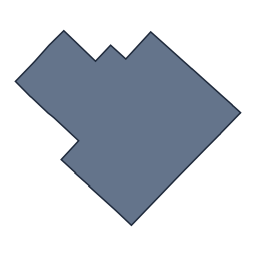 Balcarce, Buenos Aires, Argentina
{"feature_id": "61730980B79646305787935", "entity_name": "Balcarce", "entity_type": "district", "adm_level": 2, "iso_a3": "ARG", "parent_name": "Argentina", "parent_adm1": "Buenos Aires", "projection": "natural_earth1", "projection_center": [-58.205, -37.757], "detail": "fine", "context": "isolated", "style": "filled", "palette": "slate", "viewbox_px": 256, "rotation_deg": 0, "n_neighbors": 0, "source": "geoboundaries", "source_scale": "gbopen_adm2", "svg_char_len": 649}
<svg xmlns="http://www.w3.org/2000/svg" viewBox="0 0 256 256"><path d="M175.0,179.9L184.8,169.8L197.3,157.1L206.3,147.9L211.5,142.7L211.8,142.4L212.2,142.0L219.1,135.0L219.9,134.4L221.0,132.9L239.3,114.0L240.3,113.1L240.6,112.7L233.1,105.9L232.6,105.7L232.2,104.9L221.0,94.9L191.9,68.7L191.8,68.8L190.6,67.7L164.9,44.6L150.7,31.9L125.8,59.0L110.6,45.2L95.5,61.2L63.8,30.7L56.7,37.7L49.2,45.1L34.7,61.4L28.5,67.9L15.4,81.4L30.6,96.8L31.1,97.0L48.1,113.1L51.1,115.4L53.9,117.7L78.6,140.8L61.2,159.6L75.5,172.7L75.1,173.2L89.5,185.9L89.0,186.4L116.1,210.8L131.4,225.3L164.0,191.4L175.0,179.9Z" fill="#64748b" stroke="#1e293b" stroke-width="1.5"/></svg>